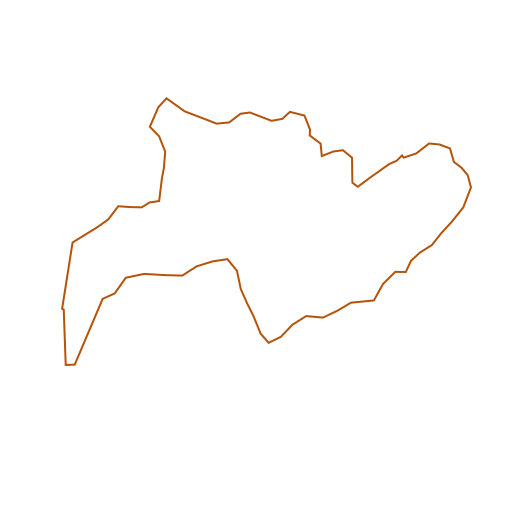 Katrineholm, Södermanland, Sweden (Mercator projection), rotated 291°
{"feature_id": "70781695B59557682139675", "entity_name": "Katrineholm", "entity_type": "district", "adm_level": 2, "iso_a3": "SWE", "parent_name": "Sweden", "parent_adm1": "Södermanland", "projection": "mercator", "projection_center": [16.311, 59.03], "detail": "fine", "context": "isolated", "style": "outline", "palette": "amber", "viewbox_px": 512, "rotation_deg": 291, "n_neighbors": 0, "source": "geoboundaries", "source_scale": "gbopen_adm2", "svg_char_len": 1156}
<svg xmlns="http://www.w3.org/2000/svg" viewBox="0 0 512 512"><g transform="rotate(291 256 256)"><path d="M256.5,381.5L256.8,382.0L275.5,384.6L291.1,391.7L294.8,401.6L307.0,402.4L318.1,407.9L329.3,416.3L344.1,420.9L358.1,426.5L375.7,432.1L397.1,432.1L407.3,424.7L412.0,416.3L414.8,407.0L425.9,398.6L425.9,387.5L423.1,377.3L409.2,368.9L400.8,358.7L402.2,356.3L395.2,353.1L389.7,347.5L370.2,334.5L357.1,326.2L359.0,319.7L382.2,310.4L385.9,299.2L381.3,290.8L372.9,281.6L384.1,276.0L387.8,263.0L393.4,261.1L404.5,250.9L402.7,236.0L393.4,231.4L387.8,222.1L387.8,198.9L383.2,190.5L371.1,183.1L365.5,171.9L365.5,137.5L371.1,115.9L359.9,111.5L338.6,110.6L333.0,122.7L320.9,133.8L305.1,138.5L294.9,140.3L272.6,145.9L267.9,137.5L260.5,131.9L256.8,121.7L253.1,109.6L237.3,105.0L226.1,97.6L202.9,79.9L137.3,93.9L137.1,95.7L86.1,117.4L89.6,125.7L161.1,128.2L170.4,137.5L189.0,142.2L199.2,158.0L205.7,178.4L211.3,194.2L225.2,204.4L235.4,217.4L242.8,230.4L235.4,243.5L219.6,253.7L208.5,264.8L199.2,275.0L185.2,288.1L179.5,298.9L189.5,308.2L205.0,314.7L217.9,324.4L222.5,340.6L234.1,351.6L246.4,361.3L256.5,381.5Z" fill="none" stroke="#b45309" stroke-width="2"/></g></svg>